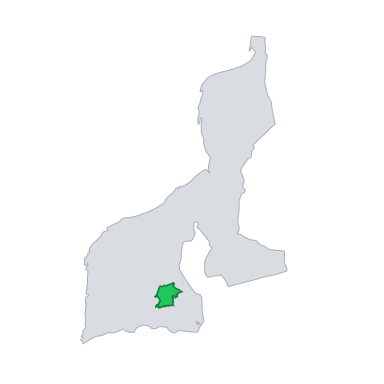 location of Majune, Niassa, Mozambique, rotated 185°
{"feature_id": "85939544B16952446601864", "entity_name": "Majune", "entity_type": "district", "adm_level": 2, "iso_a3": "MOZ", "parent_name": "Mozambique", "parent_adm1": "Niassa", "projection": "orthographic", "projection_center": [36.348, -13.329], "detail": "fine", "context": "in_parent", "style": "filled", "palette": "green", "viewbox_px": 384, "rotation_deg": 185, "n_neighbors": 0, "source": "geoboundaries", "source_scale": "gbopen_adm2", "svg_char_len": 7580}
<svg xmlns="http://www.w3.org/2000/svg" viewBox="0 0 384 384"><g transform="rotate(185 192 192)"><path d="M115.0,266.7L117.5,264.6L134.2,245.5L135.3,244.7L133.8,241.6L136.0,237.9L136.1,232.2L136.8,231.3L139.4,229.4L142.9,223.5L145.1,218.9L145.3,216.7L141.9,210.5L140.9,207.2L141.8,204.3L142.1,201.6L141.6,200.7L139.6,199.6L139.2,198.4L139.2,197.0L139.6,196.2L142.0,194.9L142.6,194.2L144.5,186.9L143.7,181.5L143.6,175.2L143.9,168.8L143.6,165.1L142.0,160.9L141.8,157.9L142.9,155.7L143.1,154.5L139.2,153.8L137.1,152.1L129.6,149.5L123.9,149.2L119.0,145.0L115.3,144.4L110.4,141.4L95.3,141.2L94.7,140.9L93.9,131.6L93.3,128.5L91.3,125.3L90.7,123.0L90.8,121.5L99.1,117.9L115.5,112.7L119.1,111.1L147.1,101.1L147.9,101.7L150.8,106.5L155.5,112.0L156.7,111.2L163.4,110.2L164.4,109.5L166.4,109.0L168.8,108.7L169.6,109.0L172.1,112.4L173.1,118.8L173.2,123.1L172.9,126.2L171.0,129.8L169.5,134.3L167.4,136.8L167.5,137.9L169.9,140.6L170.5,141.7L170.3,144.0L170.7,145.0L172.9,146.4L174.5,148.6L180.6,155.0L182.2,156.2L183.4,156.5L184.0,157.8L183.7,159.2L182.7,160.1L183.1,161.3L184.3,162.3L187.1,162.1L187.4,161.7L187.2,155.9L186.2,152.6L185.0,151.1L187.3,144.9L188.6,143.2L193.2,142.5L195.2,141.9L196.1,141.1L196.8,139.2L197.3,133.7L197.5,128.5L197.0,125.5L197.7,120.9L198.7,118.1L198.2,117.5L197.8,113.7L186.3,98.5L179.7,91.7L178.6,91.0L175.0,90.4L173.1,87.9L171.4,74.2L168.9,64.3L172.7,57.8L173.9,53.5L174.7,52.9L177.9,52.6L189.4,52.7L192.2,53.1L193.5,52.7L196.5,50.1L198.9,50.2L202.2,51.8L204.0,53.2L204.4,54.4L206.6,55.1L210.7,55.3L213.7,54.7L215.6,53.2L217.5,52.5L219.6,52.4L221.2,52.9L222.2,54.0L224.2,54.8L227.2,55.2L230.5,54.6L234.0,52.7L236.1,50.8L237.2,47.5L237.9,47.1L242.8,46.8L245.5,47.5L248.9,49.5L254.8,45.9L258.5,44.7L262.1,44.8L265.0,43.9L267.3,42.2L269.7,41.1L274.7,39.9L278.0,38.1L287.3,31.3L288.3,33.3L290.1,35.2L287.7,37.2L289.8,38.5L288.2,40.5L288.0,41.8L288.7,43.2L287.7,45.4L286.3,47.1L285.9,48.4L287.1,50.7L286.4,54.8L288.2,61.7L287.6,64.0L287.9,69.4L287.2,71.3L288.4,72.0L288.9,74.2L288.4,77.9L286.3,79.5L286.1,81.0L288.6,81.1L288.5,85.8L288.2,87.2L288.7,88.8L288.0,90.5L288.7,98.1L288.7,103.6L288.8,104.5L291.0,105.4L290.9,106.9L289.5,108.9L289.5,111.8L291.1,109.5L292.0,109.5L292.8,110.5L292.8,113.8L293.3,115.4L293.0,116.9L290.4,119.6L290.3,122.2L289.3,122.5L288.8,123.2L289.4,124.7L289.4,126.1L287.5,130.2L278.8,140.1L278.6,141.8L276.3,144.9L274.0,145.4L272.7,146.2L273.6,149.0L262.1,155.9L261.0,156.9L259.1,159.4L255.3,160.8L251.2,160.9L250.6,161.4L241.3,164.6L239.5,166.1L235.5,167.5L229.3,171.0L224.3,174.3L218.5,179.3L217.7,182.0L215.0,185.5L211.0,189.6L208.6,193.1L208.4,194.6L207.0,195.0L205.8,193.6L205.3,196.4L204.3,196.6L203.2,196.0L198.1,199.0L194.4,202.3L189.1,208.8L181.4,215.1L179.6,215.3L177.1,213.1L175.8,213.0L177.8,215.3L177.7,220.6L176.8,226.8L177.0,228.1L182.2,234.6L184.7,242.2L184.9,246.1L187.5,251.1L188.7,258.7L188.5,265.7L189.8,266.8L190.2,265.8L190.4,261.4L191.1,260.2L191.7,260.4L192.4,262.8L192.7,265.3L191.7,270.8L192.0,273.0L193.3,276.7L191.9,281.1L189.7,293.0L190.2,293.8L191.4,294.0L191.8,292.7L192.5,292.7L192.8,293.5L191.9,298.2L191.0,300.2L187.7,305.3L186.0,307.4L183.0,309.6L176.2,312.9L162.4,317.8L153.8,321.6L147.0,326.2L144.1,329.2L142.9,332.6L140.7,336.2L142.8,339.1L145.4,341.2L146.5,337.7L147.2,337.6L146.4,352.4L137.0,352.7L134.3,352.3L132.8,352.4L132.4,346.3L131.1,341.7L131.5,338.4L131.3,336.6L129.3,335.5L128.7,331.9L129.7,329.2L129.0,306.5L125.3,295.5L120.4,287.7L120.0,283.7L117.7,274.9L115.0,266.7ZM175.2,63.4L176.4,62.8L176.6,61.6L175.8,61.1L175.1,61.2L174.8,63.0L175.2,63.4ZM174.4,61.3L173.4,60.5L172.7,60.7L172.5,61.4L173.2,62.3L174.0,62.4L174.4,61.3Z" fill="#d9dde1" stroke="#a8b0b8" stroke-width="1"/><path d="M193.3,91.7L194.1,92.1L194.9,92.4L196.0,92.7L196.1,93.3L196.5,93.4L196.9,93.6L197.4,93.7L197.8,93.9L198.6,94.1L199.4,94.6L200.1,94.7L200.4,95.0L201.3,95.3L201.5,95.9L201.7,96.0L202.0,96.1L202.0,96.3L202.3,96.3L202.5,96.4L202.6,96.7L202.6,96.8L202.6,97.0L203.1,97.4L203.0,97.5L202.8,97.5L202.7,97.4L202.4,97.6L202.2,97.6L201.9,97.9L202.1,98.1L201.9,98.3L201.9,98.7L201.6,98.9L201.6,99.0L202.0,99.3L202.4,99.7L202.6,99.7L202.7,99.8L202.8,99.9L202.9,100.0L203.2,99.6L203.7,99.3L206.0,98.1L206.9,97.8L207.5,97.5L208.0,97.4L208.6,96.7L208.8,96.5L209.0,96.3L209.7,96.4L210.1,96.4L210.4,96.3L210.7,96.4L210.9,96.3L211.2,96.5L211.6,96.5L211.7,96.3L212.0,96.1L212.1,95.9L212.5,95.6L212.8,95.3L213.0,95.3L214.2,95.4L215.5,95.4L215.5,95.2L215.8,94.8L216.1,94.6L216.2,94.3L216.1,93.9L216.4,93.5L216.4,93.3L216.6,93.1L216.7,92.8L216.7,92.6L216.7,92.4L216.9,92.2L216.9,91.7L216.9,91.2L216.8,90.9L217.0,90.7L217.0,90.4L217.3,89.9L217.5,89.8L217.6,89.6L217.5,89.3L217.5,89.2L217.4,89.0L217.6,88.8L217.7,88.4L217.5,88.2L217.8,87.9L217.9,87.7L217.8,87.4L218.1,87.3L218.1,87.2L217.9,87.0L217.9,86.7L218.0,86.6L217.9,86.5L218.0,86.4L218.0,86.2L218.3,86.2L218.5,86.1L218.7,85.9L218.8,85.8L218.9,85.7L219.0,85.6L219.0,85.4L219.2,85.0L219.2,84.9L219.3,85.0L219.5,84.9L219.8,84.6L219.8,84.4L219.8,84.2L220.0,84.2L219.7,84.1L219.3,84.1L219.0,84.2L218.6,84.2L217.8,85.0L217.6,84.7L217.2,84.7L216.9,84.8L216.8,84.7L216.6,84.5L216.2,84.2L216.1,83.8L215.9,83.7L215.8,83.1L215.7,83.0L215.6,82.8L215.4,82.5L214.9,82.1L214.7,82.0L214.7,81.9L214.3,81.5L214.2,81.1L214.3,81.0L214.3,80.8L214.2,80.7L214.3,80.6L214.3,80.4L214.7,80.3L215.0,80.0L215.0,79.7L214.9,79.2L215.1,78.9L215.1,78.7L215.0,78.1L215.1,77.9L215.1,77.6L215.9,77.4L216.1,77.2L216.4,76.9L216.9,76.8L217.0,76.4L217.5,76.2L217.6,75.7L218.0,75.5L218.0,75.2L218.0,74.9L217.8,75.2L217.6,75.2L217.4,75.3L217.3,75.1L217.1,74.9L217.0,75.3L216.9,75.3L216.7,75.1L216.5,75.3L216.3,75.2L216.3,74.9L216.1,74.7L216.1,74.9L215.8,75.2L215.8,75.3L215.7,75.4L215.5,75.2L215.3,74.9L215.4,74.7L214.8,74.7L214.7,74.5L214.3,74.7L214.2,74.7L213.9,74.6L214.0,74.4L213.8,74.5L213.7,74.4L213.4,74.5L213.4,74.4L213.4,74.2L213.1,74.4L212.9,74.4L212.9,74.5L212.6,74.7L212.4,74.7L212.2,74.6L211.8,74.7L211.7,74.8L211.3,75.2L211.3,75.3L211.1,75.4L211.1,75.5L211.0,75.8L210.9,75.7L210.5,75.8L210.4,75.7L210.1,75.9L210.1,75.7L209.8,75.6L209.6,75.9L209.4,76.0L209.3,75.8L209.3,75.6L209.1,75.5L208.7,75.5L208.3,75.8L208.1,76.0L207.9,76.1L207.9,76.3L207.6,76.3L207.4,76.6L207.4,76.8L207.2,76.7L206.4,76.7L206.1,76.4L206.0,76.6L205.9,76.6L205.7,76.7L205.3,77.0L205.0,76.9L204.9,76.9L204.8,76.7L204.7,76.8L204.7,77.0L204.4,77.0L204.3,76.8L204.1,76.9L203.8,77.0L203.6,77.3L203.4,77.3L202.7,77.1L202.4,77.1L202.3,77.3L202.0,77.4L201.6,77.7L201.4,77.7L201.0,77.6L201.2,77.8L201.2,78.3L201.1,78.8L201.2,79.1L201.3,79.2L201.4,79.3L201.4,79.8L201.4,80.1L201.4,80.6L201.2,80.7L201.4,80.9L201.4,81.0L201.2,81.0L201.2,81.3L201.1,81.5L201.3,81.7L201.3,81.8L201.2,81.8L201.4,81.9L201.4,82.1L201.5,82.0L201.5,82.3L201.4,82.3L201.3,82.5L201.3,82.8L201.3,83.5L201.2,83.5L201.4,83.6L201.4,83.8L201.3,84.1L201.4,84.3L201.5,84.3L201.4,84.4L201.5,84.5L201.5,84.8L201.7,85.0L201.8,85.1L202.0,85.4L202.1,85.7L202.1,85.8L202.1,86.1L202.4,86.1L202.6,86.0L202.9,86.1L203.0,86.2L202.6,86.5L202.5,86.4L202.4,86.5L202.2,86.5L201.9,86.6L201.8,86.9L201.6,86.9L201.5,87.0L201.4,87.0L201.4,86.9L201.0,87.1L200.8,87.2L200.7,87.1L200.4,87.0L200.6,86.9L200.2,86.8L200.3,86.7L200.1,86.5L200.1,86.2L200.1,85.9L199.8,85.6L199.6,85.7L199.4,85.4L199.3,85.5L199.1,85.8L198.6,86.0L198.4,86.2L198.2,86.3L197.9,86.4L197.6,86.3L197.6,87.3L197.5,87.6L197.6,87.8L198.2,88.3L198.4,88.7L197.9,88.5L197.8,88.8L197.4,88.8L197.2,89.1L197.0,89.4L197.1,89.7L197.0,89.9L196.7,90.2L196.5,90.3L196.4,90.3L196.3,90.6L195.9,90.8L195.8,90.7L195.7,90.8L195.4,91.0L194.9,91.2L193.9,91.4L193.6,91.5L193.3,91.7Z" fill="#22c55e" stroke="#15803d" stroke-width="1.5"/></g></svg>